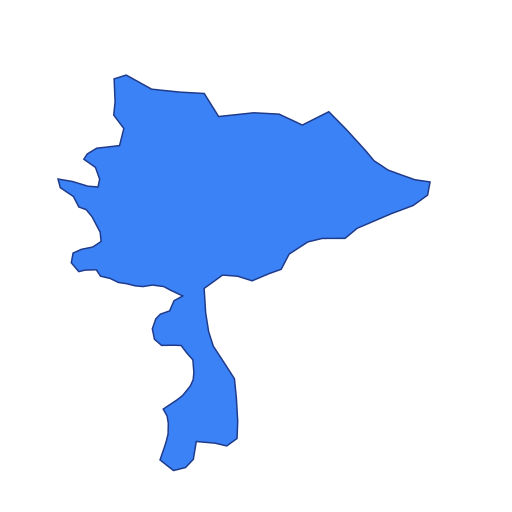 the district of Agia Varvara Lefkosias, Nicosia, Cyprus, rotated 261°
{"feature_id": "46923920B36952304373439", "entity_name": "Agia Varvara Lefkosias", "entity_type": "district", "adm_level": 2, "iso_a3": "CYP", "parent_name": "Cyprus", "parent_adm1": "Nicosia", "projection": "robinson", "projection_center": [33.352, 34.985], "detail": "fine", "context": "isolated", "style": "filled", "palette": "blue", "viewbox_px": 512, "rotation_deg": 261, "n_neighbors": 0, "source": "geoboundaries", "source_scale": "gbopen_adm2", "svg_char_len": 1464}
<svg xmlns="http://www.w3.org/2000/svg" viewBox="0 0 512 512"><g transform="rotate(261 256 256)"><path d="M453.2,143.6L430.1,140.9L417.5,137.5L402.6,145.4L386.4,138.5L386.9,126.1L387.4,115.5L383.2,105.3L378.5,101.1L368.6,111.3L356.4,113.6L348.9,110.8L351.3,100.7L358.3,86.4L363.0,72.5L354.1,73.4L343.3,85.0L332.1,88.7L328.3,95.6L320.4,100.2L303.9,105.8L294.6,105.3L290.4,96.1L289.9,84.5L287.5,75.8L278.2,72.5L268.3,78.5L268.8,85.0L267.4,96.1L260.4,99.3L256.6,108.5L251.4,115.9L249.1,123.3L245.4,132.1L243.5,139.5L243.5,149.2L240.2,160.2L235.5,166.3L228.0,177.4L224.7,168.1L215.3,162.1L213.5,152.4L209.7,147.3L200.3,142.2L189.6,142.7L182.5,148.7L180.7,161.2L179.3,168.1L171.3,172.3L163.3,177.4L150.7,176.4L143.6,174.6L138.0,170.9L133.8,166.3L129.6,161.6L126.3,155.6L122.5,147.3L119.3,140.4L111.8,143.2L104.3,143.2L93.9,141.3L86.4,138.1L81.8,135.8L69.6,129.3L57.0,140.9L58.1,153.3L65.0,162.3L82.1,168.0L77.6,186.1L73.0,197.4L78.7,208.7L88.1,210.6L95.9,212.1L118.8,214.4L138.2,215.5L158.8,206.4L173.7,199.7L188.6,197.4L208.0,197.4L232.1,199.7L242.4,220.0L238.9,234.7L232.1,248.3L236.6,266.4L238.9,278.8L252.7,289.0L261.8,309.4L263.0,324.1L259.5,346.7L267.6,360.3L276.7,396.5L281.3,419.1L289.3,435.0L301.9,439.5L306.5,424.8L313.3,412.3L320.2,399.9L331.7,387.4L343.1,380.6L367.1,364.8L387.1,350.5L378.1,322.2L392.5,301.0L397.8,276.2L399.6,240.9L424.6,230.3L430.0,205.5L437.1,179.0L455.0,156.1L453.2,143.6Z" fill="#3b82f6" stroke="#1e3a8a" stroke-width="1.5"/></g></svg>